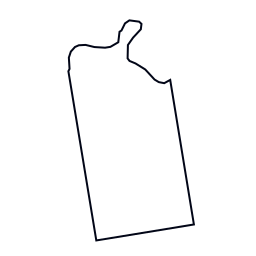 outline of Sully, South Dakota, United States of America, rotated 81°
{"feature_id": "52423323B41548750764016", "entity_name": "Sully", "entity_type": "district", "adm_level": 2, "iso_a3": "USA", "parent_name": "United States of America", "parent_adm1": "South Dakota", "projection": "orthographic", "projection_center": [-100.502, 44.723], "detail": "fine", "context": "isolated", "style": "outline", "palette": "ink", "viewbox_px": 256, "rotation_deg": 81, "n_neighbors": 0, "source": "geoboundaries", "source_scale": "gbopen_adm2", "svg_char_len": 501}
<svg xmlns="http://www.w3.org/2000/svg" viewBox="0 0 256 256"><g transform="rotate(81 128 128)"><path d="M233.6,78.0L87.1,78.8L89.4,85.2L87.5,90.4L84.3,94.2L72.9,101.8L65.4,110.5L62.0,116.0L59.2,117.5L46.0,115.1L39.5,108.8L32.5,99.9L27.3,98.4L24.7,100.4L21.9,109.8L24.2,114.6L30.7,119.2L31.6,121.3L41.8,124.2L45.1,132.7L45.1,138.1L42.8,148.5L39.3,156.9L38.6,163.6L39.7,167.7L43.6,172.5L49.2,175.4L60.5,176.5L62.6,178.0L234.1,176.9L233.6,78.0Z" fill="none" stroke="#020617" stroke-width="2"/></g></svg>